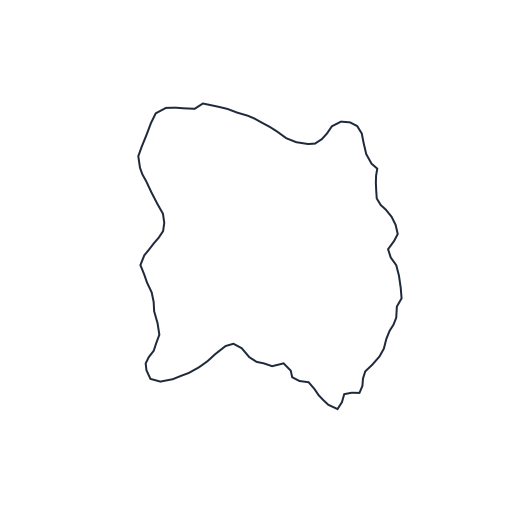 Naque, Minas Gerais, Brazil (Albers equal-area conic projection), rotated 241°
{"feature_id": "56859067B48718668188902", "entity_name": "Naque", "entity_type": "district", "adm_level": 2, "iso_a3": "BRA", "parent_name": "Brazil", "parent_adm1": "Minas Gerais", "projection": "albers", "projection_center": [-42.328, -19.176], "detail": "fine", "context": "isolated", "style": "outline", "palette": "slate", "viewbox_px": 512, "rotation_deg": 241, "n_neighbors": 0, "source": "geoboundaries", "source_scale": "gbopen_adm2", "svg_char_len": 1549}
<svg xmlns="http://www.w3.org/2000/svg" viewBox="0 0 512 512"><g transform="rotate(241 256 256)"><path d="M179.9,374.2L189.4,373.1L197.9,374.8L202.2,384.1L206.5,390.6L215.5,393.2L224.5,393.6L233.6,392.0L240.1,389.8L247.8,389.5L254.8,392.8L261.9,396.3L268.2,400.1L273.6,404.4L280.7,401.8L291.6,401.8L302.6,404.9L311.9,407.9L320.6,407.5L327.3,403.0L332.3,395.5L332.7,385.3L328.7,377.4L326.3,370.3L325.7,362.1L328.7,355.8L336.1,346.3L344.3,339.6L354.6,334.8L362.3,330.6L370.2,325.5L376.8,321.4L382.6,316.9L390.6,309.0L398.5,302.3L404.1,296.2L410.2,289.2L415.1,283.5L414.5,273.7L420.4,264.1L424.7,257.6L429.2,249.0L429.4,237.5L423.3,228.7L414.8,218.7L407.0,209.0L400.3,201.4L389.4,197.3L382.5,196.2L374.4,196.2L362.8,195.4L350.0,195.0L338.0,195.1L329.4,191.8L322.8,186.8L319.2,179.8L316.5,172.5L313.3,165.1L310.8,158.7L304.1,150.5L294.4,149.3L285.6,147.8L274.7,147.1L265.4,144.2L257.0,140.1L244.9,137.3L234.0,133.3L227.9,126.2L222.7,120.6L219.5,113.1L215.5,107.4L209.2,104.8L199.7,104.1L192.5,111.5L188.6,123.5L187.5,132.5L186.3,140.4L186.3,152.1L187.5,162.6L190.0,173.0L192.0,185.7L190.2,193.7L182.3,198.8L170.7,201.1L163.1,205.2L158.3,210.8L151.8,216.7L148.7,228.1L138.9,230.8L132.4,228.9L125.6,233.4L120.1,240.8L111.6,242.6L103.9,243.3L97.7,244.9L90.8,247.1L82.6,253.1L86.5,260.3L92.4,266.2L90.0,273.4L86.1,280.1L90.8,286.1L97.0,290.2L102.1,295.6L104.6,305.2L108.3,315.4L113.0,322.9L120.4,329.9L125.8,336.6L129.3,343.0L134.0,348.7L143.5,354.7L148.4,362.8L157.9,367.1L169.5,371.5L179.9,374.2Z" fill="none" stroke="#1e293b" stroke-width="2"/></g></svg>